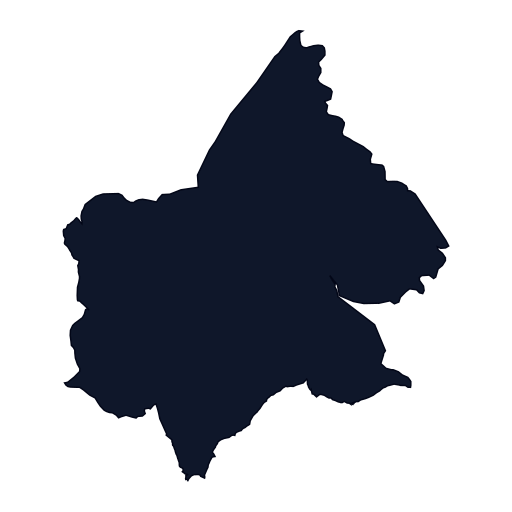 outline of Villa Talea de Castro, Oaxaca, Mexico
{"feature_id": "50627088B61139638473248", "entity_name": "Villa Talea de Castro", "entity_type": "district", "adm_level": 2, "iso_a3": "MEX", "parent_name": "Mexico", "parent_adm1": "Oaxaca", "projection": "orthographic", "projection_center": [-96.231, 17.371], "detail": "fine", "context": "isolated", "style": "filled", "palette": "ink", "viewbox_px": 512, "rotation_deg": 0, "n_neighbors": 0, "source": "geoboundaries", "source_scale": "gbopen_adm2", "svg_char_len": 5613}
<svg xmlns="http://www.w3.org/2000/svg" viewBox="0 0 512 512"><path d="M445.7,240.2L415.1,194.0L410.3,190.9L407.6,190.7L407.5,188.5L406.8,187.1L406.1,185.8L404.6,185.0L401.9,183.2L397.2,181.5L393.3,181.4L387.3,181.6L385.1,179.6L385.0,171.6L383.6,166.5L382.0,165.1L378.2,164.7L373.3,164.1L370.7,163.6L370.3,159.3L371.8,154.1L370.0,151.8L366.5,149.3L363.3,146.7L356.9,143.3L352.9,141.2L349.7,139.0L343.1,135.6L342.0,132.4L343.0,128.6L344.1,125.2L344.3,122.7L342.4,120.2L342.3,119.8L342.1,119.4L338.7,117.2L335.7,116.3L332.3,115.7L328.3,114.7L326.3,111.8L327.0,108.5L327.5,105.5L325.4,103.0L324.7,101.4L327.3,100.5L330.6,99.1L331.4,95.3L332.1,91.7L330.5,88.9L327.1,87.1L322.9,85.0L319.3,82.5L317.4,79.3L318.5,76.5L320.8,72.5L320.8,68.4L318.8,65.4L318.6,62.0L321.2,59.5L324.9,55.1L324.9,51.2L324.3,47.9L322.3,45.7L318.2,45.2L313.9,45.7L312.6,46.0L311.1,46.5L309.2,46.9L306.8,47.8L304.8,47.6L302.9,47.1L300.9,45.4L299.8,40.6L299.6,36.9L299.6,32.9L302.5,31.1L298.8,30.7L296.9,31.5L295.1,32.7L292.6,34.9L290.3,36.8L286.8,42.2L284.6,45.6L282.3,48.8L279.7,52.1L279.0,53.2L274.9,56.6L256.9,82.6L230.8,114.1L215.3,141.7L209.5,150.0L197.5,175.1L197.9,181.2L198.3,187.3L181.0,189.8L169.9,194.2L162.2,194.6L158.6,198.6L156.5,202.0L147.7,200.1L142.6,199.3L138.7,199.8L135.6,201.1L133.8,202.5L130.4,202.4L126.4,200.3L123.9,197.8L122.0,195.3L118.5,193.6L103.1,194.0L95.7,196.4L85.2,204.5L83.5,209.0L82.0,211.4L81.1,215.9L81.3,219.1L82.0,221.4L81.9,223.8L80.3,222.0L78.5,219.5L76.9,217.9L76.5,217.8L75.3,219.0L73.9,220.7L70.9,223.0L69.7,224.3L67.8,224.8L66.2,228.7L63.7,229.5L63.3,231.1L63.7,235.6L65.2,238.4L65.0,240.3L64.4,243.0L64.8,244.1L67.6,246.6L69.1,248.9L69.7,250.1L71.5,252.8L72.0,255.0L73.1,256.6L74.0,258.3L79.1,260.7L78.8,263.6L77.8,265.6L78.5,269.5L78.4,272.0L79.5,276.4L79.5,278.4L78.8,282.4L77.5,287.2L77.2,295.4L77.4,299.5L77.7,300.7L79.9,301.1L80.6,301.8L81.8,303.0L82.8,303.8L89.2,309.9L87.0,308.9L85.6,309.7L84.3,314.4L82.4,317.7L74.8,323.4L72.7,325.5L70.5,330.2L70.2,335.4L71.0,341.3L71.4,345.4L73.5,347.6L74.8,350.1L74.9,353.2L75.4,358.1L77.4,364.1L79.9,368.6L79.7,371.5L74.3,377.0L68.0,382.1L66.3,382.6L64.6,382.9L65.9,385.0L67.9,386.5L70.2,387.0L75.1,387.2L79.7,387.3L83.5,389.9L87.1,392.9L89.8,395.1L95.1,397.9L97.9,402.5L100.4,406.2L104.2,410.2L106.6,411.5L109.5,412.5L112.5,412.8L116.4,415.2L118.6,417.8L121.1,416.7L126.0,415.2L128.7,416.0L131.9,417.0L136.1,418.0L137.7,416.4L142.4,416.0L145.2,413.6L144.3,411.0L144.7,408.8L148.7,408.2L150.3,408.9L153.6,405.0L156.0,403.9L157.5,408.5L158.7,413.1L159.8,418.7L162.3,424.2L165.1,430.5L166.7,433.9L166.2,435.1L171.9,439.8L172.0,441.9L172.8,443.4L172.5,443.9L172.7,445.3L173.6,446.2L174.4,448.7L175.0,450.0L175.4,451.8L176.2,454.2L176.9,455.3L177.8,458.6L178.1,459.2L178.3,460.0L179.1,462.1L179.3,463.4L179.3,465.1L179.4,465.5L179.5,466.2L180.2,467.0L180.5,467.2L182.6,468.2L183.2,469.5L183.1,470.8L182.3,471.7L182.6,472.0L183.7,472.4L184.2,473.2L185.5,474.1L187.3,474.3L187.6,474.6L185.8,475.8L186.0,476.9L185.6,478.5L185.8,479.5L186.9,479.3L188.1,479.6L187.5,481.3L188.8,478.7L191.4,475.8L194.0,474.6L198.3,474.5L199.9,474.9L200.7,476.3L204.6,478.1L204.7,477.9L204.7,476.0L204.3,475.4L207.1,468.9L207.9,467.4L208.1,466.0L208.2,465.0L208.5,464.2L209.0,463.2L209.9,461.0L210.4,460.1L212.0,457.2L213.7,456.7L215.0,456.5L214.9,456.3L214.1,454.8L213.6,453.8L212.4,452.5L212.8,450.9L214.0,449.0L215.4,447.1L215.7,445.8L217.3,443.7L218.0,441.8L220.7,439.8L224.1,438.4L225.0,438.2L229.0,437.4L231.8,435.3L233.5,435.1L234.8,435.4L235.3,433.4L236.6,432.2L237.1,432.0L239.2,431.1L241.0,430.6L241.3,430.5L242.0,429.4L243.3,428.3L244.9,427.6L247.0,425.9L248.4,425.1L249.6,424.3L250.2,420.8L252.8,416.2L253.3,415.5L256.1,412.8L257.2,411.9L258.0,410.6L259.9,408.5L261.9,405.3L263.1,403.6L264.3,402.3L266.3,401.1L266.5,400.9L266.5,399.7L267.7,398.1L268.9,397.3L270.2,396.0L270.8,395.4L273.3,394.8L276.1,392.4L280.1,390.8L282.6,388.1L286.0,386.1L287.1,386.7L290.4,386.2L293.3,386.4L296.4,385.0L303.4,382.8L303.6,382.5L304.3,381.7L305.0,381.0L306.7,379.1L307.3,380.0L307.5,384.1L307.9,385.1L308.4,385.7L308.4,386.7L309.7,389.0L310.6,390.0L311.2,390.4L311.3,390.1L312.2,393.9L313.7,394.2L315.8,396.2L315.7,395.5L317.0,396.5L319.6,394.5L321.1,394.4L324.1,395.2L325.1,395.7L326.7,396.8L329.0,398.0L331.2,398.0L332.5,399.6L335.3,400.5L338.3,401.9L339.8,402.2L340.9,402.6L342.4,402.5L342.9,402.1L344.4,401.4L347.1,403.0L349.3,403.2L350.4,404.0L350.2,403.5L352.2,404.2L352.0,403.6L352.9,403.8L352.6,403.1L353.6,403.2L353.2,402.6L355.3,402.1L355.2,401.8L355.9,401.5L358.1,401.6L358.8,401.2L359.3,400.8L359.7,400.5L360.7,399.9L365.3,398.6L368.5,397.4L373.2,395.2L376.6,392.6L379.6,390.9L380.7,389.8L382.9,388.0L384.1,387.5L385.1,387.2L387.6,385.7L389.2,385.4L394.1,384.1L395.7,384.4L399.4,385.0L400.4,385.4L405.5,385.5L407.9,387.2L410.5,387.3L410.8,385.3L410.8,384.4L410.8,381.5L409.4,379.4L407.8,377.4L404.6,376.0L402.2,374.9L398.4,371.8L393.3,369.8L391.1,369.7L385.9,368.3L380.8,363.6L383.5,354.9L383.5,353.7L385.4,350.7L374.6,324.7L337.8,296.6L337.9,296.0L336.9,291.3L336.3,289.6L334.8,286.8L335.1,284.3L335.0,284.1L333.8,282.5L332.6,280.9L331.9,279.5L330.0,276.1L329.7,275.4L337.4,284.9L339.5,295.6L353.4,301.5L363.8,303.5L377.6,303.2L378.3,303.2L378.5,303.3L390.0,300.8L394.4,303.8L398.8,302.0L399.8,298.9L400.3,297.3L405.6,291.9L409.6,288.8L416.6,289.8L419.4,292.8L419.5,292.8L422.7,293.6L424.1,290.6L423.5,286.1L419.5,280.5L419.3,277.7L421.6,275.6L429.2,275.1L433.6,278.5L435.7,277.1L438.1,268.9L442.4,265.4L445.4,260.6L445.4,257.8L442.4,253.3L438.2,250.0L437.3,246.7L440.7,248.3L445.6,247.9L448.7,246.0L445.7,240.2Z" fill="#0f172a" stroke="#020617" stroke-width="1.5"/></svg>